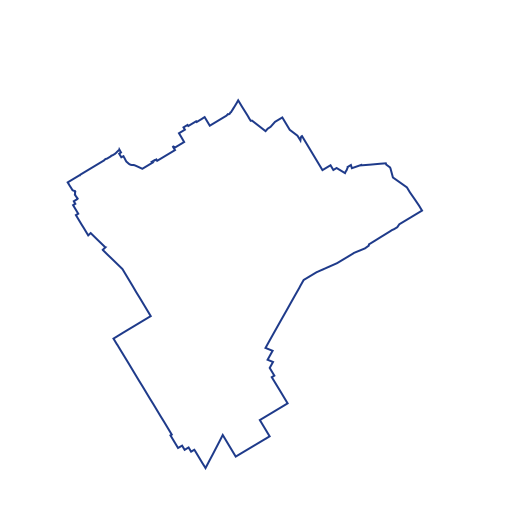 Merredin, Western Australia, Australia, rotated 59°
{"feature_id": "25037944B40039133464345", "entity_name": "Merredin", "entity_type": "district", "adm_level": 2, "iso_a3": "AUS", "parent_name": "Australia", "parent_adm1": "Western Australia", "projection": "equal_earth", "projection_center": [118.19, -31.461], "detail": "fine", "context": "isolated", "style": "outline", "palette": "blue", "viewbox_px": 512, "rotation_deg": 59, "n_neighbors": 0, "source": "geoboundaries", "source_scale": "gbopen_adm2", "svg_char_len": 5266}
<svg xmlns="http://www.w3.org/2000/svg" viewBox="0 0 512 512"><g transform="rotate(59 256 256)"><path d="M253.4,420.7L260.2,420.7L260.4,420.6L267.3,420.6L281.3,420.5L288.3,420.5L302.4,420.5L309.5,420.4L316.4,420.4L323.3,420.4L330.2,420.3L337.0,420.3L344.0,420.3L351.1,420.2L361.5,420.2L364.6,420.2L365.7,420.2L365.7,421.7L371.9,421.7L380.4,421.7L380.5,417.0L385.4,417.0L385.4,412.4L390.3,412.4L390.3,410.4L390.3,409.3L390.3,408.7L391.5,408.6L392.7,408.6L396.1,408.6L402.1,408.6L404.3,408.6L406.2,408.6L409.9,408.5L411.8,408.5L407.7,401.8L403.8,395.3L396.3,383.1L392.3,376.7L405.2,376.7L417.5,376.7L417.5,367.3L417.6,337.2L405.5,337.2L398.6,337.2L398.6,304.8L397.3,304.8L393.2,304.8L385.2,304.8L368.0,304.9L368.0,301.9L359.0,301.9L355.6,296.0L350.9,299.5L345.8,290.6L339.7,295.2L335.3,287.6L328.8,276.2L323.4,266.7L318.1,257.3L313.8,249.8L309.6,242.4L305.4,234.9L305.0,234.3L304.5,233.5L303.7,232.1L303.2,231.2L301.1,227.5L301.1,227.1L301.1,225.6L301.1,220.1L301.1,212.4L303.9,190.2L303.9,187.6L303.9,184.8L303.9,183.3L303.9,171.6L303.8,170.4L305.6,158.7L305.2,154.0L304.2,153.2L304.1,144.2L304.0,138.1L304.0,136.2L303.9,128.3L303.8,126.2L304.1,123.9L304.1,120.1L303.1,117.9L302.6,116.8L302.6,112.8L302.6,109.2L302.6,90.3L300.8,90.3L297.4,90.3L296.9,90.3L289.6,90.7L280.6,91.3L274.9,91.3L259.2,98.2L250.1,95.6L249.1,95.5L244.7,97.3L243.4,97.0L240.6,102.6L236.5,111.1L232.4,119.3L232.1,119.1L230.1,128.6L226.9,127.8L226.9,131.4L227.0,131.4L229.3,134.4L229.6,135.3L230.8,137.0L222.1,141.6L222.1,145.4L216.6,145.4L216.6,154.8L203.7,154.8L196.2,154.8L192.1,154.8L181.4,154.8L177.1,154.8L176.9,154.8L176.9,155.4L177.1,155.9L177.4,156.3L177.7,156.7L179.8,158.4L179.7,158.4L174.2,158.5L165.2,162.1L159.8,162.1L150.8,162.1L150.8,170.6L152.8,177.0L152.9,180.4L153.9,183.5L145.6,186.7L137.9,189.7L137.4,190.9L133.7,191.0L133.6,190.9L130.7,190.9L120.9,191.1L117.9,191.1L113.4,191.1L114.3,192.7L114.8,193.5L115.2,194.3L118.0,199.6L117.9,199.6L119.9,203.4L119.8,204.1L120.5,205.2L120.5,206.4L119.9,207.1L120.5,209.0L120.5,209.7L120.5,209.8L120.5,210.6L120.5,211.1L120.5,211.3L120.5,212.6L120.5,214.0L120.5,215.8L120.5,218.5L120.5,221.8L120.5,223.8L120.5,225.9L120.5,227.5L120.5,228.5L120.2,228.5L119.6,228.5L119.0,228.5L117.5,228.5L116.8,228.5L116.0,228.5L114.4,228.5L112.3,228.5L110.5,228.5L110.5,229.8L110.6,231.8L110.6,233.8L110.6,235.2L110.6,235.9L110.6,237.1L110.6,237.8L109.7,237.9L109.7,247.1L109.0,247.2L108.4,247.2L108.4,251.9L111.1,251.9L111.1,258.8L116.2,258.8L121.3,258.9L121.3,269.3L119.2,270.7L119.1,270.8L118.9,270.9L123.5,270.9L123.5,291.7L121.9,291.7L121.9,293.8L121.6,293.8L121.6,296.8L122.7,296.4L122.7,296.5L122.7,302.1L122.7,308.5L120.5,310.0L118.7,311.2L117.0,312.4L116.0,313.1L115.9,313.2L115.7,313.4L115.5,313.5L115.3,313.7L115.2,313.9L115.0,314.0L114.9,314.2L114.8,314.4L114.7,314.5L114.5,314.9L114.2,315.3L114.0,315.6L113.8,315.8L113.7,316.0L113.3,316.4L113.1,316.5L112.9,316.7L112.7,316.8L112.5,317.0L112.3,317.1L112.1,317.2L111.9,317.3L111.7,317.4L111.5,317.5L109.2,318.2L108.7,318.4L108.2,318.5L107.7,318.5L107.4,318.5L107.1,318.5L105.9,318.4L104.3,318.3L103.6,318.3L102.8,318.3L102.6,318.3L102.3,318.2L102.2,318.2L102.0,320.6L97.9,320.6L97.9,319.9L97.7,319.5L97.7,318.4L94.4,318.3L94.5,318.4L94.6,318.8L94.7,319.1L94.7,319.5L94.8,319.9L94.9,320.2L95.0,320.5L95.0,320.9L95.1,321.3L95.3,321.9L95.5,322.7L95.6,323.3L95.7,323.9L95.8,324.1L95.8,324.3L95.8,324.7L95.8,325.2L95.8,325.7L95.8,326.5L95.8,326.9L95.8,327.2L95.8,327.3L95.7,327.5L95.6,327.9L95.6,328.0L95.5,328.3L95.6,328.7L95.7,329.0L95.8,329.1L95.8,329.4L95.8,330.0L95.8,331.4L95.8,332.6L95.8,333.2L95.8,333.6L95.7,333.9L95.7,334.0L95.6,334.3L95.5,334.6L95.4,334.8L95.4,335.1L95.4,335.3L95.4,335.6L95.5,335.9L95.5,336.0L95.6,336.4L95.7,336.8L95.8,336.9L95.8,337.0L95.8,338.5L95.8,345.8L95.8,352.1L95.8,353.5L95.8,355.1L95.8,359.1L95.8,363.2L95.8,364.1L95.8,364.3L95.8,364.6L95.9,364.9L96.0,365.1L96.1,365.3L95.9,365.5L95.9,365.9L95.9,367.0L95.9,368.5L95.9,369.6L95.9,370.8L95.9,372.0L95.9,374.7L95.9,376.2L95.9,376.4L95.9,379.5L97.3,379.5L97.5,379.4L97.7,379.5L98.2,379.5L99.9,379.5L102.5,379.4L104.1,379.4L104.3,379.4L104.7,379.4L104.9,379.4L105.0,379.4L105.3,379.3L105.5,379.1L105.8,378.9L106.1,378.6L106.4,378.4L106.6,378.3L106.7,378.2L106.8,378.0L107.1,377.7L107.3,377.7L107.3,377.8L107.5,377.9L107.6,378.0L107.9,378.1L108.0,378.1L108.1,378.3L108.4,378.4L108.6,378.5L108.8,378.7L109.0,378.8L109.4,379.0L109.6,379.1L109.8,379.2L109.8,379.3L109.9,379.5L110.0,379.6L110.3,379.7L110.6,379.7L110.9,379.6L111.3,379.6L111.6,379.6L111.8,379.6L112.1,379.6L112.3,379.6L112.5,379.5L112.8,379.5L113.2,379.5L113.3,379.5L113.7,379.5L113.8,379.5L113.9,379.4L114.1,379.4L114.3,379.4L114.6,379.3L115.0,379.3L115.2,379.8L115.2,380.2L115.2,380.4L115.2,380.6L115.2,383.1L115.2,383.3L115.2,383.5L115.2,383.9L115.4,383.9L115.5,384.0L116.5,384.0L118.2,384.0L118.2,386.6L128.2,386.6L128.2,389.3L131.1,389.3L133.5,389.3L134.7,389.3L138.9,389.3L143.4,389.2L147.8,389.2L150.3,389.2L151.9,389.2L151.4,386.8L151.2,385.9L161.2,383.3L170.9,380.7L171.0,380.6L171.8,384.2L172.0,384.2L178.6,382.5L185.2,380.7L193.9,378.4L198.4,377.2L211.3,377.2L218.3,377.2L225.3,377.3L232.3,377.2L239.3,377.2L246.4,377.2L253.3,377.2L253.3,388.1L253.3,406.2L253.3,410.0L253.4,420.7Z" fill="none" stroke="#1e3a8a" stroke-width="2"/></g></svg>